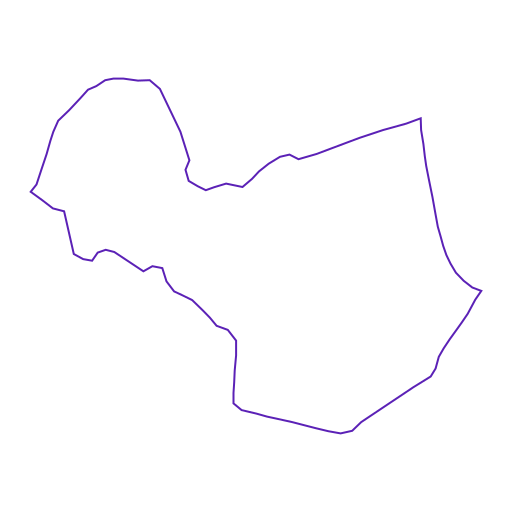 the district of Balneário Piçarras, Santa Catarina, Brazil
{"feature_id": "56859067B52127181831063", "entity_name": "Balneário Piçarras", "entity_type": "district", "adm_level": 2, "iso_a3": "BRA", "parent_name": "Brazil", "parent_adm1": "Santa Catarina", "projection": "orthographic", "projection_center": [-48.738, -26.761], "detail": "fine", "context": "isolated", "style": "outline", "palette": "violet", "viewbox_px": 512, "rotation_deg": 0, "n_neighbors": 0, "source": "geoboundaries", "source_scale": "gbopen_adm2", "svg_char_len": 1346}
<svg xmlns="http://www.w3.org/2000/svg" viewBox="0 0 512 512"><path d="M80.0,98.6L69.1,110.2L58.2,120.7L53.3,131.8L50.4,140.7L46.6,154.1L41.5,169.3L36.5,184.5L30.7,191.8L42.4,200.3L52.9,208.4L64.1,211.3L73.8,254.0L83.1,259.1L92.1,260.7L97.7,252.6L105.7,249.8L114.3,252.0L143.4,271.3L152.4,266.2L162.3,268.1L166.5,281.4L174.1,291.4L181.8,295.0L192.2,300.1L203.0,310.6L209.9,317.7L216.6,325.8L227.8,329.9L236.1,340.6L236.1,355.4L234.7,370.6L234.2,382.2L233.5,392.9L233.5,403.4L241.6,410.1L256.4,413.6L267.0,416.6L276.3,418.6L292.2,422.1L306.1,425.7L315.8,428.2L328.3,431.2L340.6,433.4L352.2,430.8L361.2,422.1L413.4,387.2L430.7,376.5L435.6,368.5L438.8,356.8L443.7,348.3L449.9,339.0L456.4,330.0L461.9,322.3L467.7,313.8L475.3,299.6L481.3,290.9L472.3,287.5L463.7,280.8L455.9,272.7L450.5,263.6L446.4,255.1L443.2,245.9L440.6,236.4L437.8,226.7L435.5,214.1L432.5,197.3L428.8,179.1L426.2,165.9L424.8,156.2L423.4,144.0L421.1,130.0L420.7,118.3L406.3,123.6L392.7,127.4L383.2,130.0L359.7,137.8L347.4,142.4L330.6,148.7L316.5,154.0L298.5,159.2L289.5,154.6L280.0,156.8L268.7,163.7L259.0,171.4L252.0,178.9L242.5,187.0L226.1,183.6L214.2,187.2L205.8,190.2L197.7,186.2L188.7,180.9L185.5,169.8L189.4,160.3L180.4,131.7L159.9,88.9L149.7,80.2L137.9,80.6L123.4,78.6L113.4,78.6L105.2,80.2L96.3,86.1L88.0,89.7L80.0,98.6Z" fill="none" stroke="#5b21b6" stroke-width="2"/></svg>